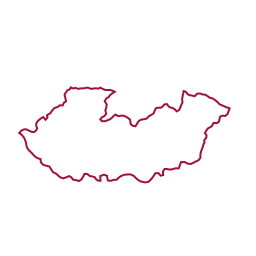 Inhaúma, Minas Gerais, Brazil, rotated 136°
{"feature_id": "56859067B77049971161893", "entity_name": "Inhaúma", "entity_type": "district", "adm_level": 2, "iso_a3": "BRA", "parent_name": "Brazil", "parent_adm1": "Minas Gerais", "projection": "mercator", "projection_center": [-44.417, -19.5], "detail": "fine", "context": "isolated", "style": "outline", "palette": "rose", "viewbox_px": 256, "rotation_deg": 136, "n_neighbors": 0, "source": "geoboundaries", "source_scale": "gbopen_adm2", "svg_char_len": 2713}
<svg xmlns="http://www.w3.org/2000/svg" viewBox="0 0 256 256"><g transform="rotate(136 128 128)"><path d="M112.4,163.2L113.1,165.5L114.8,168.2L117.6,170.7L119.1,173.8L119.9,176.3L122.0,176.9L123.4,178.8L125.4,180.4L127.3,181.6L128.9,185.1L131.9,187.0L134.5,189.3L136.7,190.9L137.9,193.3L140.2,194.8L140.9,196.9L143.0,196.3L145.1,197.2L147.6,196.8L150.3,196.2L152.4,192.9L153.9,190.3L156.7,190.7L159.3,189.6L161.4,191.8L164.0,191.9L167.0,193.5L170.5,193.2L173.8,192.6L177.4,193.5L178.7,191.4L181.6,191.2L181.4,194.8L184.4,195.5L187.7,195.7L190.7,195.1L192.5,193.3L193.5,190.9L195.9,190.0L198.6,190.4L200.0,192.2L201.2,195.3L202.3,198.1L204.2,199.4L206.7,200.2L209.7,199.9L209.2,196.8L209.5,193.2L210.6,190.3L211.8,187.9L213.7,185.2L214.4,183.0L214.8,180.8L214.6,176.9L214.8,172.7L214.1,169.3L212.5,166.3L214.5,163.9L214.6,160.5L213.4,158.3L211.3,154.9L211.9,152.0L212.6,148.5L211.4,144.8L211.2,141.3L210.6,138.7L209.5,136.7L206.6,135.4L203.9,134.4L203.0,132.0L203.4,129.1L201.9,127.0L200.0,123.9L197.3,123.3L194.7,124.0L191.1,125.2L189.2,123.0L188.8,119.9L187.2,117.7L186.1,115.7L186.6,113.4L186.1,111.0L184.4,109.2L182.8,111.1L181.3,112.7L177.7,111.1L176.3,108.2L177.8,106.2L178.9,104.2L177.0,101.9L174.4,100.7L172.1,98.7L170.0,98.7L167.1,98.5L163.7,97.3L160.6,94.9L158.3,92.8L157.1,89.4L157.1,86.0L156.8,83.8L156.2,81.2L154.8,79.0L153.4,76.9L151.0,75.2L148.3,75.0L145.0,75.3L142.3,75.8L139.8,76.5L137.4,74.3L137.7,71.1L135.4,69.7L133.2,72.4L130.1,73.1L128.4,71.5L126.9,69.0L124.1,67.2L121.7,65.9L119.6,63.7L116.9,65.0L113.5,66.6L110.9,64.1L109.7,60.7L107.5,58.3L103.5,57.1L99.5,55.8L96.6,56.3L94.4,58.6L91.9,60.3L88.1,62.1L85.3,63.7L83.1,64.4L81.8,66.2L78.5,66.6L76.5,68.3L76.3,70.8L73.8,71.7L70.8,72.2L68.3,71.5L66.2,71.1L63.0,72.2L60.6,69.7L58.2,69.4L56.0,70.8L53.8,72.2L51.5,71.3L49.7,69.1L46.9,68.9L43.9,70.2L41.2,71.6L42.8,74.5L43.9,77.4L45.6,81.2L45.6,84.3L45.9,87.5L46.8,90.9L48.2,93.1L48.6,95.6L49.2,98.2L51.0,100.2L52.1,102.6L54.3,104.6L57.9,104.5L59.5,107.0L61.0,109.0L61.6,111.2L61.2,113.8L62.3,115.9L64.4,114.4L66.6,113.0L69.0,111.2L71.1,108.5L73.9,107.5L76.5,106.3L78.6,105.5L81.4,106.1L81.4,109.5L82.2,111.7L83.7,114.3L83.5,118.4L85.8,119.8L88.0,119.4L90.2,119.7L91.7,121.3L94.1,122.8L96.6,122.0L99.1,120.8L101.7,121.1L104.8,122.0L108.0,121.8L110.5,123.2L112.7,124.9L115.2,125.5L118.3,124.9L121.4,124.0L123.0,126.3L123.4,128.9L122.0,130.8L120.7,132.6L121.0,135.2L122.0,138.8L123.6,141.1L126.8,143.3L127.6,146.3L130.0,146.7L132.6,146.5L134.9,146.8L136.9,147.6L139.8,148.8L142.0,151.0L142.0,153.4L139.3,153.8L136.7,153.0L133.8,153.3L132.2,156.3L129.5,157.7L127.0,159.7L126.1,163.5L122.9,164.3L120.5,163.7L118.3,164.1L115.3,163.9L112.4,163.2Z" fill="none" stroke="#9f1239" stroke-width="2"/></g></svg>